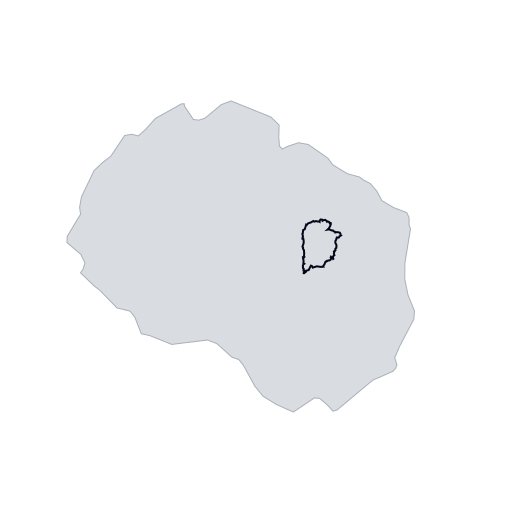 Sveti Nikole, Sveti Nikole, North Macedonia shown in context, rotated 47°
{"feature_id": "65306769B91405117981087", "entity_name": "Sveti Nikole", "entity_type": "district", "adm_level": 2, "iso_a3": "MKD", "parent_name": "North Macedonia", "parent_adm1": "Sveti Nikole", "projection": "albers", "projection_center": [21.98, 41.877], "detail": "fine", "context": "in_parent", "style": "outline", "palette": "ink", "viewbox_px": 512, "rotation_deg": 47, "n_neighbors": 0, "source": "geoboundaries", "source_scale": "gbopen_adm2", "svg_char_len": 2591}
<svg xmlns="http://www.w3.org/2000/svg" viewBox="0 0 512 512"><g transform="rotate(47 256 256)"><path d="M234.0,136.7L241.6,137.7L258.3,133.0L268.7,126.5L273.9,125.5L281.0,123.0L291.1,123.4L301.3,126.2L314.3,122.4L327.1,116.2L332.2,117.8L337.8,123.0L341.4,124.4L362.8,152.0L374.5,163.1L388.3,171.5L404.1,177.5L409.8,183.5L420.1,212.8L425.0,223.9L431.7,227.2L433.4,230.4L433.7,234.6L426.4,255.4L423.9,301.8L422.0,305.5L414.1,305.4L403.6,306.5L399.6,310.1L395.6,335.1L378.7,342.3L363.3,346.5L350.3,345.6L327.5,339.8L320.0,339.2L313.6,342.6L293.3,344.4L284.3,348.8L263.2,377.9L241.9,387.9L234.6,392.9L218.3,386.4L210.5,385.7L199.1,393.1L174.4,393.6L167.7,394.8L148.6,395.8L147.8,391.7L144.4,385.8L135.5,383.0L117.3,385.1L112.9,380.7L105.8,355.8L100.1,351.8L93.7,343.3L83.1,316.2L83.0,304.4L84.0,294.2L78.3,269.9L82.2,263.9L87.9,260.2L88.1,250.4L86.8,235.7L93.9,206.8L95.7,204.7L97.4,206.1L113.5,208.7L117.7,205.1L120.4,199.4L121.6,178.2L125.6,168.5L164.6,150.3L176.0,149.8L184.7,158.4L191.6,163.9L195.8,163.8L197.3,158.3L202.1,147.7L210.1,141.7L233.7,136.7L234.0,136.7Z" fill="#d9dde1" stroke="#a8b0b8" stroke-width="1"/><path d="M275.0,210.2L275.6,209.6L277.7,211.0L279.1,212.4L280.9,215.7L281.9,215.8L282.8,216.7L284.5,217.0L287.4,219.4L289.1,221.4L289.7,221.3L289.8,221.8L288.9,222.2L288.8,222.5L292.1,224.6L293.5,226.2L294.6,226.0L294.4,227.0L294.9,228.2L296.9,229.9L297.8,229.8L298.9,231.1L299.6,230.6L300.4,230.8L300.8,231.5L300.6,232.2L301.1,232.8L301.4,232.5L301.6,230.3L301.0,229.2L302.2,227.1L300.5,222.4L301.6,221.9L303.2,222.4L305.0,218.6L308.1,216.1L309.8,214.0L309.2,213.8L308.8,211.7L307.6,209.2L307.8,208.0L308.1,208.1L308.5,206.2L309.3,205.4L309.6,204.1L309.1,202.6L308.0,202.4L307.7,201.7L311.6,201.7L310.1,201.1L308.8,200.0L308.9,198.1L307.4,197.5L306.7,196.4L305.9,196.0L306.2,195.3L305.8,194.8L306.0,194.0L304.8,193.0L304.8,191.7L302.9,189.7L300.5,189.0L299.1,187.6L298.7,186.0L297.8,184.9L297.6,184.1L298.7,183.4L299.0,182.6L298.5,181.6L298.9,179.9L298.4,180.0L297.5,179.1L296.1,178.8L295.3,179.3L293.8,180.4L292.9,182.0L292.2,181.7L290.9,182.4L289.8,182.3L288.8,183.3L286.4,184.3L285.5,185.7L285.5,184.0L284.8,181.7L284.0,180.0L283.7,179.6L283.4,179.7L283.0,178.9L282.5,179.0L282.2,179.7L280.8,179.4L279.5,180.1L279.4,180.7L278.4,180.4L276.7,180.8L275.9,182.1L275.6,183.3L274.6,182.8L273.3,183.9L273.7,185.5L274.4,186.2L273.5,186.5L273.1,187.2L271.3,188.4L270.6,190.0L269.5,190.2L268.9,193.0L267.7,195.4L267.9,197.9L267.3,198.0L269.7,202.1L269.2,203.9L271.3,206.3L271.4,207.0L273.8,208.3L274.1,209.2L275.0,210.2Z" fill="none" stroke="#020617" stroke-width="2"/></g></svg>